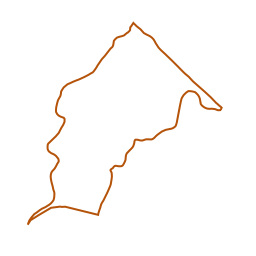 Ocós, San Marcos, Guatemala, rotated 185°
{"feature_id": "79465075B29002473426991", "entity_name": "Ocós", "entity_type": "district", "adm_level": 2, "iso_a3": "GTM", "parent_name": "Guatemala", "parent_adm1": "San Marcos", "projection": "albers", "projection_center": [-92.184, 14.559], "detail": "fine", "context": "isolated", "style": "outline", "palette": "amber", "viewbox_px": 256, "rotation_deg": 185, "n_neighbors": 0, "source": "geoboundaries", "source_scale": "gbopen_adm2", "svg_char_len": 3234}
<svg xmlns="http://www.w3.org/2000/svg" viewBox="0 0 256 256"><g transform="rotate(185 128 128)"><path d="M150.2,38.9L150.1,40.1L150.0,41.1L149.6,42.4L149.4,43.6L148.7,46.1L148.4,48.0L148.2,49.0L147.7,50.6L147.3,51.4L146.1,53.8L142.8,62.3L140.8,68.3L140.3,70.3L139.9,75.2L139.8,78.1L140.2,81.1L140.5,82.2L141.3,83.4L141.8,84.5L141.0,85.7L139.7,86.6L139.1,87.7L138.2,88.8L137.4,89.2L136.2,89.3L135.3,89.2L134.4,89.1L133.5,89.1L131.7,89.3L130.8,89.6L129.9,90.4L129.0,92.2L128.4,93.7L127.9,95.2L127.7,96.2L127.7,97.9L127.7,99.7L127.6,100.6L127.3,101.9L126.9,102.8L125.9,104.0L124.5,105.8L123.2,107.3L121.9,109.0L121.2,110.3L120.7,112.2L120.4,114.0L120.4,115.3L120.1,116.4L119.2,117.1L118.2,117.1L117.0,117.1L115.0,116.7L113.5,116.7L112.6,116.8L111.1,117.4L109.6,118.1L108.2,118.4L106.4,118.5L104.3,118.6L103.4,118.7L102.0,119.5L100.7,120.8L99.6,122.2L98.1,123.8L94.0,127.4L91.8,128.6L90.6,129.3L88.8,129.9L86.4,130.6L84.4,131.2L82.9,132.0L81.4,133.3L80.8,134.1L80.4,135.1L79.9,137.6L78.2,154.6L77.6,159.5L77.3,161.5L76.8,163.0L75.4,165.7L73.2,168.3L71.1,170.0L70.1,170.1L69.2,170.1L67.9,170.1L65.4,169.8L64.4,169.6L63.4,168.9L61.8,167.6L60.6,166.3L59.5,164.6L59.0,163.4L58.3,160.9L57.9,159.5L57.7,158.5L57.1,157.7L56.4,156.9L54.6,155.7L53.7,155.2L52.2,154.6L50.5,154.2L49.1,154.2L47.7,154.3L46.3,154.5L45.0,154.5L43.1,154.4L42.2,154.2L41.3,153.9L40.0,153.6L39.1,153.6L37.6,153.9L36.9,155.0L36.5,156.4L37.2,157.0L38.2,157.7L39.7,158.7L40.8,159.6L42.3,160.6L44.8,162.8L48.2,165.8L54.7,170.8L67.2,180.0L69.1,181.7L71.9,184.3L75.5,186.8L76.4,187.5L79.0,189.6L83.3,193.3L90.1,199.0L94.8,202.8L97.4,204.9L100.9,207.6L102.3,208.7L104.6,210.8L106.0,212.6L107.8,214.9L108.6,216.2L110.1,218.3L110.8,219.0L112.1,220.1L114.2,221.4L118.1,222.9L120.5,224.0L124.1,227.4L128.5,230.3L129.5,231.2L131.6,232.9L131.8,233.1L133.9,229.3L134.5,228.5L134.5,225.7L135.0,224.8L135.7,224.0L136.4,223.2L137.4,222.5L140.0,219.9L142.2,218.9L144.9,218.0L146.8,217.1L148.1,215.8L149.5,213.9L149.7,213.4L149.8,211.1L150.0,209.1L150.6,207.4L152.4,205.5L154.0,203.0L155.1,201.3L157.3,197.9L160.1,194.2L163.8,187.6L164.6,185.8L165.7,183.8L166.9,181.8L168.0,180.3L170.0,179.0L172.0,177.5L176.1,174.9L179.8,172.8L181.8,171.7L184.0,170.7L186.5,169.4L189.3,167.8L192.2,166.2L193.7,164.7L195.6,162.8L196.3,161.5L196.7,160.8L197.8,158.5L197.8,156.6L198.0,154.9L198.3,153.6L199.2,151.8L200.2,149.4L200.8,146.1L201.3,142.5L201.3,139.2L201.0,137.6L199.7,135.6L198.1,134.3L196.0,133.4L194.5,133.0L192.9,132.6L191.9,131.3L191.8,128.5L192.9,125.3L194.2,122.8L195.1,120.7L196.6,117.0L199.2,113.4L206.1,105.5L206.5,104.4L206.5,102.2L206.2,100.0L205.5,98.7L204.7,97.7L204.0,97.3L202.2,96.2L201.0,95.8L199.6,95.3L197.5,94.1L196.0,92.6L194.8,91.3L194.6,90.9L194.2,89.5L194.2,88.3L195.2,86.5L196.1,84.3L197.4,81.4L198.5,79.9L199.6,78.5L200.4,77.0L200.8,75.1L200.8,72.8L200.3,70.2L199.7,68.2L199.3,66.9L198.2,64.0L197.1,60.5L196.4,58.7L196.0,58.0L195.6,56.3L195.5,54.0L195.5,51.9L195.9,49.7L197.1,47.6L198.5,45.9L199.8,44.7L203.5,41.9L206.5,40.2L208.7,38.5L211.2,36.2L213.9,34.0L214.6,33.0L216.3,30.6L218.0,27.7L218.3,27.0L219.4,23.1L219.5,22.9L217.1,27.6L208.9,33.8L197.7,41.8L188.7,43.8L187.3,43.6L183.7,44.1L156.0,39.8L150.2,38.9Z" fill="none" stroke="#b45309" stroke-width="2"/></g></svg>